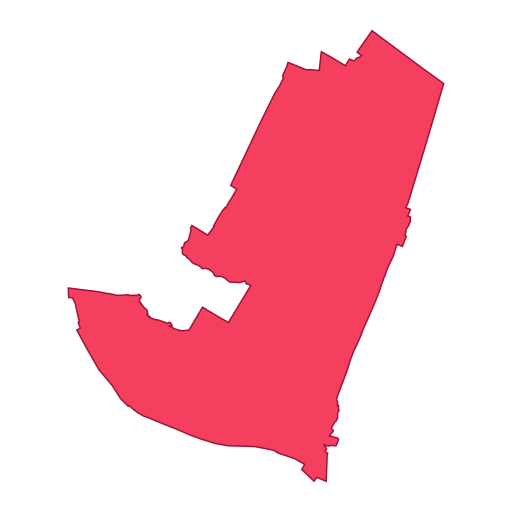 outline of Ciupercenii Noi, Dolj, Romania
{"feature_id": "2599482B10348373605310", "entity_name": "Ciupercenii Noi", "entity_type": "district", "adm_level": 2, "iso_a3": "ROU", "parent_name": "Romania", "parent_adm1": "Dolj", "projection": "mercator", "projection_center": [22.919, 43.888], "detail": "fine", "context": "isolated", "style": "filled", "palette": "rose", "viewbox_px": 512, "rotation_deg": 0, "n_neighbors": 0, "source": "geoboundaries", "source_scale": "gbopen_adm2", "svg_char_len": 6018}
<svg xmlns="http://www.w3.org/2000/svg" viewBox="0 0 512 512"><path d="M407.9,203.5L427.8,137.7L443.7,83.6L424.2,69.5L396.3,48.8L382.6,38.7L372.1,30.7L359.7,48.3L357.1,52.3L359.3,53.9L361.5,55.4L361.0,55.8L360.1,56.6L359.4,57.1L358.3,57.6L357.7,57.6L356.9,58.0L355.2,59.8L354.3,60.9L353.7,60.8L353.2,60.7L349.4,59.0L345.4,65.7L331.7,57.5L321.4,51.7L321.0,54.0L320.8,56.3L320.7,57.6L319.2,70.5L310.8,69.7L306.1,69.7L288.0,62.4L286.8,66.6L282.8,75.2L282.8,76.4L283.5,77.5L283.2,78.3L282.7,79.3L282.4,80.4L281.4,81.8L280.8,83.4L279.6,85.8L274.6,93.6L261.2,120.8L230.7,185.4L233.1,186.9L236.7,189.1L236.1,190.3L234.5,192.9L231.3,198.6L229.6,201.0L227.9,204.0L226.4,206.6L225.9,207.7L225.5,207.5L225.1,207.5L224.8,207.8L224.3,208.7L222.9,210.1L220.3,214.2L219.7,215.0L216.3,221.0L213.7,225.6L214.4,226.0L208.3,234.4L207.6,235.1L201.6,231.3L191.9,225.5L191.1,226.9L190.6,228.1L190.6,228.7L190.7,229.3L191.0,230.5L191.0,230.9L190.7,232.0L189.7,235.2L188.9,238.5L188.7,239.1L188.1,240.4L187.7,240.9L187.0,241.4L185.8,242.0L184.8,242.6L184.3,243.5L184.2,244.2L184.0,245.7L183.1,246.9L182.6,247.2L182.0,247.3L181.5,247.8L181.7,248.6L182.3,249.0L182.5,249.5L182.4,250.2L182.3,250.9L182.4,251.7L182.4,253.0L182.4,253.3L182.7,253.9L183.0,254.3L184.2,255.0L185.4,255.6L185.9,255.9L186.4,256.5L186.8,257.5L187.0,257.7L187.6,258.2L189.1,259.0L189.6,259.4L190.1,260.0L190.5,260.6L191.0,261.2L191.3,261.5L191.9,262.2L192.2,262.6L192.9,263.0L195.3,264.3L196.6,264.6L197.9,265.0L199.0,265.9L200.1,266.5L200.6,266.8L201.1,267.3L201.5,268.0L201.7,268.3L202.0,268.4L202.6,268.7L203.2,268.7L203.8,268.5L204.6,268.4L205.9,268.6L207.9,269.1L209.1,269.4L212.3,271.8L212.8,272.5L213.1,272.9L213.8,273.4L214.0,273.8L214.0,274.7L214.2,275.1L214.9,275.7L215.4,276.1L216.6,276.5L217.5,276.5L220.3,276.3L220.7,276.3L221.7,276.6L222.1,276.7L223.3,277.4L224.2,277.8L224.6,277.9L225.1,278.2L227.2,280.2L228.2,280.9L228.7,281.4L230.1,282.1L230.8,282.4L235.1,282.2L237.4,282.5L239.0,282.5L239.7,282.6L240.1,282.6L244.7,281.0L245.2,281.5L245.7,282.2L246.0,282.8L246.0,283.3L246.1,283.6L246.7,283.9L247.3,284.1L248.6,284.5L249.7,285.1L250.6,285.8L228.4,322.5L225.8,320.9L222.2,319.0L220.2,317.9L212.8,313.4L209.3,311.3L208.2,310.7L207.4,310.5L206.9,310.3L206.5,309.6L206.0,309.2L202.5,307.2L189.1,329.9L189.1,330.1L188.1,330.1L187.6,330.3L186.8,330.4L185.8,330.4L184.8,330.4L183.1,330.8L182.6,330.8L181.2,330.4L180.0,330.5L179.1,330.7L178.5,329.9L178.1,329.8L177.8,329.6L177.0,329.5L176.1,329.3L174.6,328.9L172.5,327.5L171.7,327.0L169.8,326.5L169.1,326.3L169.2,326.0L169.5,325.8L170.2,325.8L170.9,326.0L171.5,326.0L172.0,325.6L172.0,325.1L171.6,324.5L171.0,323.4L170.5,322.7L170.0,322.4L169.5,322.4L168.8,322.5L167.2,323.1L166.9,323.1L166.4,323.1L165.9,322.9L165.0,322.3L160.1,320.7L158.8,320.2L157.6,319.9L155.5,319.6L154.7,319.5L151.5,318.1L151.1,318.1L149.2,317.5L149.0,317.2L149.4,316.8L149.7,316.5L149.4,316.1L149.1,316.0L147.9,315.8L147.3,315.6L147.0,315.4L147.3,314.6L148.0,313.8L147.7,313.4L147.4,313.2L147.4,312.6L147.6,311.6L146.8,309.9L143.3,306.7L142.1,304.9L141.5,304.8L141.0,304.6L141.4,303.7L141.3,303.4L140.9,303.1L140.2,302.9L139.9,302.7L140.0,301.9L139.9,301.7L139.4,301.7L139.1,301.4L139.2,301.1L139.5,300.8L139.6,300.6L139.6,300.2L139.7,299.3L139.7,299.0L139.6,298.7L140.2,298.2L140.7,298.0L141.0,297.6L141.0,297.2L140.6,296.0L139.9,295.0L139.7,294.7L139.2,294.5L138.6,294.5L138.1,294.7L137.5,295.1L137.1,295.1L136.2,295.9L135.7,295.8L135.2,295.3L134.4,295.1L134.2,295.4L133.1,295.3L131.6,295.4L130.8,295.5L130.2,295.4L129.7,295.2L128.8,295.0L128.5,294.8L127.8,294.9L127.6,294.8L127.4,294.7L127.1,294.6L126.7,294.9L126.1,294.9L124.5,295.1L123.7,295.0L123.3,295.0L122.8,295.3L122.5,295.4L121.7,295.3L120.3,295.2L118.8,295.3L117.7,295.3L116.8,295.3L115.5,295.1L113.9,294.6L111.9,294.2L109.4,293.6L107.0,293.4L106.1,293.3L102.1,292.4L101.5,292.4L96.1,291.4L83.4,289.9L68.3,288.0L68.7,297.5L72.5,297.8L75.2,303.2L77.6,314.4L79.4,322.0L78.2,322.4L80.3,328.2L76.8,330.0L86.7,348.3L99.0,369.8L112.5,385.9L120.4,398.4L128.2,406.2L129.1,405.6L133.7,409.6L136.7,411.9L143.2,415.9L148.1,417.6L164.2,424.3L177.2,429.4L189.3,434.7L202.0,439.4L214.6,443.3L228.3,445.8L241.7,446.1L255.3,446.6L273.5,450.2L277.9,452.9L278.2,453.1L294.3,458.5L304.7,464.4L301.7,469.5L314.1,481.2L316.7,477.3L326.2,481.3L327.2,454.8L327.8,453.2L326.8,452.7L326.0,452.4L325.4,452.0L325.3,451.7L325.4,451.0L325.8,450.5L326.0,449.7L326.6,448.6L326.4,448.2L326.0,447.9L325.2,446.6L325.0,446.3L324.2,444.8L325.4,445.2L326.8,445.7L328.2,446.1L329.3,445.9L330.7,445.5L332.3,445.5L333.7,445.7L334.6,445.8L335.6,445.8L336.2,445.6L338.5,439.5L338.3,439.0L337.9,438.4L337.5,438.0L336.6,437.7L335.4,437.5L334.1,437.1L333.6,437.0L332.9,436.8L331.8,436.4L331.4,436.2L329.9,436.2L329.6,436.3L329.6,435.8L329.7,435.5L330.1,434.8L331.0,433.9L331.9,432.6L332.8,432.0L333.3,431.1L333.2,430.1L331.8,429.2L331.6,428.2L331.9,427.1L332.2,426.1L333.2,425.0L333.7,424.2L334.0,423.9L334.2,423.2L334.5,422.3L334.8,421.9L335.2,421.6L335.8,421.4L336.1,421.0L336.4,420.7L336.4,420.3L336.6,419.7L337.0,419.2L337.5,418.5L337.6,417.8L337.6,416.1L337.6,413.7L337.7,412.9L337.9,412.5L338.3,411.9L338.8,410.8L339.0,409.9L338.9,409.4L338.5,408.8L338.5,408.1L338.4,407.8L338.4,407.0L338.4,406.8L338.7,406.1L338.7,405.8L338.6,405.7L338.0,405.5L337.6,405.3L337.4,405.3L337.2,405.0L337.2,404.7L337.5,404.5L337.7,404.0L337.7,403.8L337.5,403.4L337.5,403.1L337.6,402.7L337.6,402.0L337.5,401.6L336.5,400.1L337.1,397.1L347.1,370.6L350.6,359.3L353.3,352.1L359.3,339.3L364.5,326.1L367.6,319.4L375.2,301.8L379.5,291.0L380.8,286.9L381.4,284.5L382.2,282.4L382.8,281.3L383.3,279.7L383.9,277.8L384.4,276.8L384.8,276.2L385.8,273.0L387.1,269.4L390.1,262.5L391.4,260.1L393.3,256.1L395.8,248.0L397.2,244.3L402.4,246.4L404.9,239.9L406.3,236.4L405.2,235.9L406.2,229.3L408.7,225.4L408.9,225.1L409.1,224.6L409.1,224.2L409.1,223.6L409.5,223.1L409.9,222.6L410.3,221.9L410.4,220.7L410.4,219.8L410.4,219.0L410.5,217.7L410.4,216.9L407.7,216.0L410.5,209.5L405.8,207.6L407.9,203.5Z" fill="#f43f5e" stroke="#9f1239" stroke-width="1.5"/></svg>